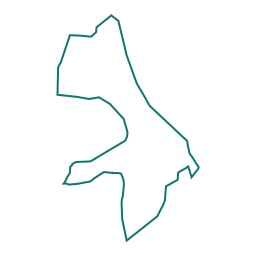 the district of Mawza', Ta`izz, Yemen
{"feature_id": "15242507B74407573652293", "entity_name": "Mawza'", "entity_type": "district", "adm_level": 2, "iso_a3": "YEM", "parent_name": "Yemen", "parent_adm1": "Ta`izz", "projection": "natural_earth1", "projection_center": [43.597, 13.366], "detail": "fine", "context": "isolated", "style": "outline", "palette": "teal", "viewbox_px": 256, "rotation_deg": 0, "n_neighbors": 0, "source": "geoboundaries", "source_scale": "gbopen_adm2", "svg_char_len": 1621}
<svg xmlns="http://www.w3.org/2000/svg" viewBox="0 0 256 256"><path d="M187.6,144.5L187.7,143.7L187.4,142.6L187.4,142.3L187.0,141.2L186.9,140.7L180.2,134.5L155.3,111.1L149.6,105.7L146.0,99.4L143.5,94.9L142.2,92.7L140.9,90.5L139.8,88.6L139.7,88.4L136.9,83.7L132.3,71.1L126.8,55.7L126.6,55.3L124.9,47.9L122.6,38.3L121.9,35.4L121.6,34.2L121.4,33.4L120.7,30.6L118.9,23.1L118.4,20.8L111.6,15.7L111.4,15.4L110.8,15.8L109.6,16.8L105.9,19.8L96.5,27.3L96.5,27.9L96.1,32.1L91.3,36.6L86.7,36.3L80.2,35.6L79.0,35.6L69.9,35.2L60.9,62.1L58.7,66.1L58.1,68.0L57.5,94.8L77.3,96.9L79.3,97.3L89.3,99.0L99.0,97.3L110.0,104.0L123.7,119.0L123.9,119.7L125.2,124.2L127.0,130.4L127.5,132.3L127.1,136.6L126.2,138.6L124.9,141.0L124.5,141.2L113.9,147.4L113.7,147.5L108.5,150.6L99.2,156.2L92.7,160.1L90.4,161.4L85.2,161.6L83.8,161.7L81.6,161.8L76.1,162.0L72.9,163.7L72.5,163.9L72.3,164.0L72.4,164.7L72.3,164.8L71.2,165.9L70.4,166.6L70.3,166.9L69.8,173.0L67.4,177.0L65.5,181.0L65.4,181.1L63.7,183.6L66.1,183.5L67.7,184.0L68.9,184.6L73.1,184.2L77.0,183.9L78.9,183.6L81.4,183.1L81.6,183.1L83.3,182.7L85.8,182.3L87.3,182.0L90.4,181.4L93.5,178.9L94.1,178.4L98.0,175.9L103.8,172.1L110.6,172.7L111.9,172.9L112.9,172.8L112.9,173.1L117.5,173.0L118.0,173.0L121.0,173.6L123.5,179.6L123.9,184.1L122.9,195.8L121.9,199.2L121.6,203.2L122.2,219.0L126.7,240.6L157.3,216.3L163.2,204.8L163.9,203.1L165.0,200.0L166.0,186.3L177.7,179.8L178.1,172.8L179.8,171.5L185.7,168.3L188.0,166.5L188.2,166.4L191.6,177.3L192.6,175.9L198.5,168.3L198.5,166.7L195.3,162.2L194.2,160.2L193.3,158.7L190.0,154.1L189.6,153.6L187.6,144.5Z" fill="none" stroke="#0f766e" stroke-width="2"/></svg>